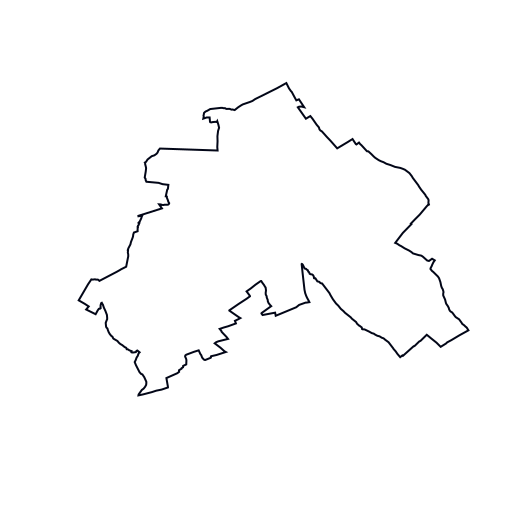 Rebricea, Vaslui, Romania (Robinson projection), rotated 158°
{"feature_id": "2599482B37161046362240", "entity_name": "Rebricea", "entity_type": "district", "adm_level": 2, "iso_a3": "ROU", "parent_name": "Romania", "parent_adm1": "Vaslui", "projection": "robinson", "projection_center": [27.58, 46.87], "detail": "fine", "context": "isolated", "style": "outline", "palette": "ink", "viewbox_px": 512, "rotation_deg": 158, "n_neighbors": 0, "source": "geoboundaries", "source_scale": "gbopen_adm2", "svg_char_len": 6074}
<svg xmlns="http://www.w3.org/2000/svg" viewBox="0 0 512 512"><g transform="rotate(158 256 256)"><path d="M253.4,403.1L249.8,402.9L247.1,401.8L248.4,397.6L248.2,397.1L247.1,396.5L246.4,396.5L243.3,395.6L242.6,395.1L242.0,395.1L241.4,395.6L241.7,391.8L242.2,388.7L244.3,386.2L246.9,381.5L248.7,376.7L251.1,371.5L252.1,368.2L304.8,391.6L306.7,390.6L307.3,390.1L308.5,388.8L310.0,388.0L312.5,387.4L315.3,387.6L320.4,386.1L322.7,384.5L323.8,384.3L323.7,384.1L324.3,383.0L324.8,379.5L325.0,378.6L326.5,375.8L329.8,370.4L329.5,369.0L329.9,367.5L329.8,365.9L318.9,360.3L315.7,357.6L310.6,354.8L312.5,351.3L313.5,350.7L317.2,345.3L316.6,345.1L316.4,344.5L316.8,343.8L316.8,340.4L317.0,339.3L316.7,337.5L317.1,337.0L318.0,336.6L318.5,336.6L319.4,336.9L321.6,337.8L322.5,337.9L324.6,338.8L324.8,339.4L326.5,340.2L325.4,335.4L350.0,337.3L350.1,336.9L346.4,336.0L347.2,335.3L348.4,333.8L350.7,331.7L352.4,330.8L351.8,330.2L353.6,328.4L354.0,328.3L354.2,328.0L354.7,327.6L354.7,327.3L354.9,327.1L354.8,326.7L355.1,326.4L355.5,325.7L356.5,323.3L360.4,323.5L361.7,322.0L362.7,320.2L363.7,319.0L366.7,315.8L368.1,313.8L371.5,310.9L372.6,309.6L372.4,309.4L373.6,307.1L373.8,305.6L374.5,303.7L380.4,294.7L386.3,294.2L387.2,294.0L391.0,293.5L410.5,291.6L411.0,292.7L411.5,293.4L413.3,294.1L414.0,294.7L416.3,295.3L417.4,296.0L422.3,292.7L437.0,281.3L432.7,275.8L430.0,271.9L433.5,270.0L426.5,262.1L423.1,264.9L421.5,265.9L420.2,265.6L419.5,265.9L419.4,266.8L419.0,267.4L418.6,268.5L417.3,270.2L416.9,270.4L416.5,270.4L416.5,269.6L416.2,268.3L416.4,265.0L416.2,261.6L416.3,257.2L417.2,254.3L417.7,253.1L418.5,252.4L420.4,250.3L421.4,246.9L421.5,245.8L420.9,244.4L421.1,242.9L421.1,240.5L420.8,238.3L420.5,237.7L420.4,236.8L419.3,234.8L419.3,233.5L419.1,232.7L416.3,229.1L415.7,227.1L414.8,225.3L413.4,223.5L411.8,220.6L411.1,220.0L410.7,219.2L410.8,218.0L409.8,217.5L408.7,215.9L407.0,214.4L407.6,213.7L407.5,213.3L406.3,212.6L403.4,211.9L402.3,212.8L401.4,212.8L400.0,210.3L401.2,209.8L403.2,207.6L404.7,206.6L406.6,204.5L408.2,203.1L408.2,199.8L407.5,191.9L406.7,189.7L405.7,188.8L405.0,185.5L404.8,180.6L405.2,179.4L406.1,177.7L407.8,176.3L409.9,175.1L412.0,174.6L416.7,171.6L417.2,170.8L412.7,170.0L403.5,168.8L398.9,168.5L393.6,167.5L386.9,167.1L386.5,168.3L386.2,169.9L384.8,176.4L372.9,176.8L370.7,177.4L370.2,178.9L367.3,179.4L367.1,179.8L365.3,180.2L364.7,181.4L361.3,181.6L359.7,185.1L359.4,186.1L359.3,187.2L359.4,188.7L359.3,189.6L358.7,190.3L357.6,190.6L349.5,190.4L344.5,190.0L344.3,185.9L343.9,184.6L344.0,182.7L343.9,181.6L343.1,179.5L342.7,179.0L342.0,178.6L336.1,178.6L335.8,178.8L335.5,179.7L335.2,179.9L329.7,179.0L320.0,178.3L320.9,179.4L323.3,184.3L327.0,190.5L325.2,191.0L322.9,191.0L313.0,189.6L313.7,192.1L315.9,197.6L316.3,198.8L316.2,199.5L317.0,202.0L312.9,201.8L308.2,201.3L299.9,201.0L299.8,203.8L296.4,204.0L293.8,204.3L294.8,205.6L299.2,212.3L301.2,215.4L301.1,215.6L290.3,218.0L280.6,219.9L276.7,220.9L276.6,221.2L276.7,221.8L278.0,226.7L272.9,227.9L267.2,229.6L261.1,231.0L260.5,230.8L260.2,229.0L259.4,226.0L259.2,224.3L258.9,223.2L259.6,220.4L260.9,218.1L261.4,216.5L261.2,214.8L261.6,213.4L261.6,210.8L262.0,209.7L262.0,207.8L261.3,205.3L260.7,203.8L272.2,201.0L272.5,200.6L272.0,198.8L259.5,196.3L260.1,193.2L237.9,193.4L234.3,194.5L227.5,194.2L226.4,193.8L223.8,193.2L223.8,193.9L224.3,198.1L224.4,200.2L224.3,203.1L224.0,204.8L223.7,206.5L219.3,222.3L216.7,231.4L216.5,231.5L216.2,231.2L215.9,230.4L215.6,226.2L214.4,225.3L214.1,224.4L213.3,223.4L213.4,221.9L212.8,221.0L212.9,219.8L212.9,219.4L211.9,218.4L211.0,218.0L210.3,216.9L210.1,215.5L210.5,213.7L210.3,213.4L209.3,213.1L208.6,209.5L207.1,208.4L206.8,207.9L206.5,206.9L205.5,206.0L205.0,205.8L201.8,194.1L201.6,191.7L200.9,187.1L199.6,182.0L198.3,179.1L197.2,175.3L195.5,172.0L194.8,170.1L191.1,163.6L190.6,162.0L187.9,157.2L187.7,155.4L186.4,152.7L186.1,152.5L184.7,150.1L185.0,148.5L184.5,148.0L183.2,147.5L182.5,146.9L179.4,143.5L177.5,141.1L175.9,139.9L175.0,138.5L173.4,136.6L171.5,135.2L170.0,133.1L169.0,132.3L168.2,131.3L167.8,130.3L165.4,126.4L163.4,119.1L163.3,118.3L162.2,115.2L161.6,112.4L160.2,108.2L157.5,109.0L157.2,108.4L156.6,108.6L143.6,113.3L143.1,113.1L142.3,113.3L136.7,115.6L135.2,115.7L127.2,119.0L125.7,116.3L124.7,114.4L123.4,112.1L121.1,108.0L118.8,102.6L112.5,103.7L111.2,104.3L106.5,104.8L96.9,106.3L86.9,107.5L87.4,110.5L87.7,111.3L88.1,111.8L88.9,113.7L90.2,115.8L90.4,117.2L91.4,121.2L93.7,124.5L94.1,125.7L95.0,129.3L95.4,130.4L96.3,131.5L96.8,132.7L96.9,134.4L96.7,135.7L96.9,137.7L97.5,140.3L97.5,141.3L97.0,144.8L97.2,149.2L96.9,150.1L96.3,151.4L95.7,152.2L95.5,153.2L95.3,155.2L95.6,157.0L95.5,158.9L94.8,162.7L94.6,166.8L95.0,168.8L97.6,174.8L98.4,176.2L99.1,178.6L98.7,179.3L96.7,181.0L96.1,181.7L93.9,183.7L91.9,185.0L93.8,187.5L97.5,186.6L99.0,187.7L101.5,192.8L102.5,194.3L103.0,194.7L105.0,196.0L109.5,199.6L110.4,201.4L112.1,203.8L115.3,207.4L117.8,210.9L119.0,212.2L120.4,214.4L122.0,216.0L111.2,222.4L100.0,227.3L100.3,228.0L94.7,230.5L88.8,233.0L78.8,238.3L77.7,238.7L75.6,239.0L76.8,239.4L76.5,239.6L76.2,240.8L75.2,242.8L75.0,243.9L75.1,244.5L76.1,248.2L76.1,249.3L78.0,255.5L78.9,259.6L79.0,260.8L81.4,269.8L81.6,271.5L82.7,275.4L85.6,280.2L87.2,281.8L89.2,283.6L93.8,286.6L94.6,287.4L97.3,290.0L100.6,292.7L102.6,295.2L104.7,297.1L106.3,298.9L108.7,302.4L109.6,304.2L110.8,307.1L112.6,310.9L113.8,311.5L114.0,311.9L116.8,319.4L117.5,320.7L118.0,322.6L121.1,321.8L121.5,322.3L122.7,328.3L128.2,327.3L140.4,325.4L143.7,334.8L145.8,340.1L148.2,346.8L149.3,348.3L149.7,349.6L149.5,351.7L150.6,355.0L152.2,362.1L153.2,365.4L158.3,364.6L161.5,378.2L160.3,378.3L159.1,378.0L157.8,377.5L155.6,375.9L157.5,385.2L160.3,385.2L160.7,388.3L161.4,394.8L161.8,395.6L162.6,399.0L163.1,405.0L173.6,403.7L198.0,401.8L201.2,401.1L203.9,401.1L211.4,401.5L213.1,401.3L216.7,400.6L221.1,399.3L223.0,400.7L223.9,400.9L225.3,402.3L228.2,403.4L228.8,403.9L229.4,404.7L230.7,405.2L231.8,406.0L233.4,406.6L243.4,409.4L246.8,408.9L248.2,408.9L249.5,408.6L250.6,408.1L251.5,406.6L252.1,405.8L252.2,404.9L253.4,403.1Z" fill="none" stroke="#020617" stroke-width="2"/></g></svg>